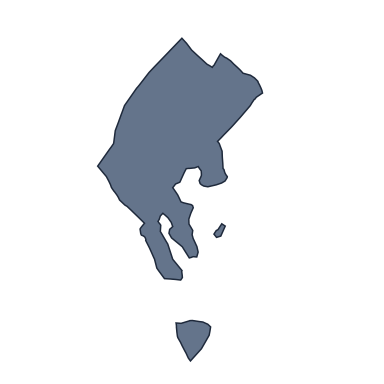 the district of Al Qanawis, Al Hudaydah, Yemen, rotated 312°
{"feature_id": "15242507B48405542462206", "entity_name": "Al Qanawis", "entity_type": "district", "adm_level": 2, "iso_a3": "YEM", "parent_name": "Yemen", "parent_adm1": "Al Hudaydah", "projection": "orthographic", "projection_center": [43.073, 15.421], "detail": "fine", "context": "isolated", "style": "filled", "palette": "slate", "viewbox_px": 384, "rotation_deg": 312, "n_neighbors": 0, "source": "geoboundaries", "source_scale": "gbopen_adm2", "svg_char_len": 3792}
<svg xmlns="http://www.w3.org/2000/svg" viewBox="0 0 384 384"><g transform="rotate(312 192 192)"><path d="M299.5,81.6L281.5,81.0L280.6,81.0L260.4,80.3L252.1,80.1L236.1,81.3L233.6,81.4L232.1,81.4L231.2,81.5L211.1,84.0L203.7,87.0L203.1,87.2L196.2,90.0L195.0,90.5L186.3,93.9L176.5,100.7L175.5,101.3L175.1,101.4L173.4,101.6L172.8,101.7L171.1,101.9L168.7,102.1L148.1,104.6L146.6,115.0L146.2,118.0L144.4,122.9L144.2,123.4L142.9,126.5L142.4,127.4L141.5,129.0L141.0,130.8L140.9,131.3L140.4,133.4L140.3,134.4L139.9,136.4L139.5,138.2L139.4,138.6L138.7,140.9L137.6,143.5L137.5,147.0L137.4,150.2L137.4,151.1L137.9,153.3L137.4,168.7L137.0,177.6L134.4,177.7L134.1,177.7L132.6,177.8L130.4,178.0L129.7,178.2L126.9,181.6L126.4,182.5L126.1,183.3L126.8,185.2L126.9,185.9L126.9,187.4L126.1,189.0L125.9,189.4L125.8,189.5L125.5,189.7L125.0,190.0L121.9,198.0L121.2,199.6L119.8,202.8L118.3,206.1L117.5,207.9L117.2,208.8L111.9,216.8L111.2,219.8L109.2,229.5L110.7,231.4L113.0,234.3L113.4,234.8L113.5,235.0L115.8,238.0L119.0,242.5L119.6,242.4L120.1,242.4L122.0,242.1L123.6,240.4L126.1,237.5L126.7,237.3L126.9,237.2L129.1,222.7L137.1,208.8L138.0,205.8L140.0,199.6L140.3,198.7L141.5,194.8L142.1,194.4L145.4,191.8L146.4,191.0L146.7,189.9L147.0,188.0L147.1,187.7L147.3,186.9L147.4,186.4L149.6,186.0L153.0,184.5L156.7,184.6L156.7,185.8L156.8,186.8L156.8,191.2L156.8,191.3L155.6,196.6L155.6,196.8L153.4,200.8L150.8,200.6L150.5,200.5L149.3,200.4L145.9,202.5L144.2,207.5L144.8,221.1L144.8,221.5L143.9,224.5L141.2,234.1L142.7,235.1L144.7,236.1L146.9,239.0L150.0,237.5L150.6,237.2L151.4,236.8L151.7,236.4L152.7,235.0L154.7,232.2L158.3,223.8L159.1,222.6L160.3,220.7L163.9,218.3L165.0,214.9L166.1,211.3L167.1,210.3L167.7,209.7L169.7,207.8L174.1,205.9L175.0,205.5L175.3,205.4L175.8,205.2L180.4,203.7L181.1,203.5L181.9,202.2L182.3,201.5L182.0,199.6L181.6,199.0L178.7,193.7L178.2,192.7L177.3,190.4L179.0,186.4L180.3,183.2L181.3,179.2L182.3,175.0L182.3,174.8L185.2,174.6L186.9,174.4L191.1,176.4L191.7,176.2L192.5,176.0L194.9,175.2L197.2,174.5L197.7,174.3L198.1,174.2L199.7,173.7L200.6,173.4L201.0,173.3L201.7,173.1L204.0,172.5L205.5,172.1L207.4,173.8L207.6,174.1L211.8,177.9L215.1,179.6L214.9,180.3L214.4,181.8L213.9,184.6L213.1,185.5L211.5,187.1L210.6,187.9L209.0,188.5L206.8,189.2L205.3,189.7L204.0,191.9L203.7,192.4L203.7,194.2L204.3,196.8L206.5,200.3L213.5,205.2L218.5,208.0L222.3,209.2L226.2,208.5L227.1,207.9L227.2,207.2L227.4,206.4L227.4,206.1L228.1,204.0L229.0,202.3L229.4,201.8L229.6,201.4L230.1,200.7L230.2,199.4L231.2,198.4L234.1,195.5L238.0,191.4L242.5,187.0L243.3,185.4L246.3,179.7L246.7,177.1L248.3,177.2L253.8,177.4L254.9,177.4L262.2,177.7L267.6,177.9L280.2,177.9L295.1,177.5L298.2,176.9L302.4,176.3L302.8,176.6L305.5,176.4L310.9,177.7L312.7,178.2L314.3,175.9L315.6,173.2L316.5,171.1L316.9,170.1L317.7,167.8L318.3,167.0L318.6,162.1L318.0,158.2L317.9,157.4L314.4,150.4L314.7,148.0L314.9,145.7L315.0,141.7L315.0,137.4L315.3,133.0L314.7,128.2L314.6,127.9L314.0,126.0L313.9,124.4L313.8,123.3L313.8,122.2L313.8,120.7L308.8,121.8L300.8,123.6L299.9,123.4L298.2,123.7L297.7,120.7L297.0,117.7L297.0,116.2L297.1,110.8L297.1,104.4L297.2,98.4L297.2,97.0L297.3,96.4L297.6,94.8L298.8,88.7L299.5,81.6ZM65.4,303.9L66.7,303.9L71.9,303.9L74.2,303.9L81.8,303.9L89.3,302.3L97.0,300.6L100.5,298.5L104.2,296.1L104.3,292.1L104.0,291.3L103.0,288.2L102.9,287.7L102.6,287.1L102.4,286.7L100.6,284.1L96.7,278.2L95.0,276.5L94.7,276.4L87.1,271.8L84.0,267.8L83.1,268.9L82.1,270.0L80.8,271.2L80.2,271.9L80.0,272.1L79.0,273.2L77.7,274.6L75.2,277.5L74.9,277.9L74.5,278.6L74.3,278.9L73.1,282.5L72.7,283.8L71.0,287.9L70.6,289.0L69.1,293.0L68.2,295.6L66.8,298.8L66.1,300.5L65.4,303.9ZM188.3,235.4L181.4,236.5L179.6,235.8L175.4,236.5L174.7,240.6L178.5,242.9L188.9,239.5L188.5,237.0L188.3,235.4Z" fill="#64748b" stroke="#1e293b" stroke-width="1.5"/></g></svg>